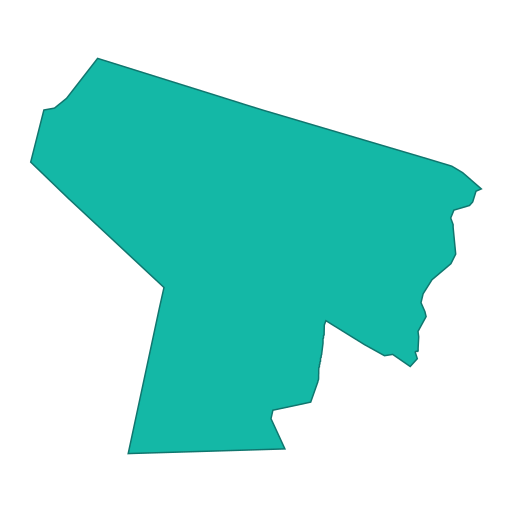 Epworth, Harare, Zimbabwe
{"feature_id": "62879985B25596949610081", "entity_name": "Epworth", "entity_type": "district", "adm_level": 2, "iso_a3": "ZWE", "parent_name": "Zimbabwe", "parent_adm1": "Harare", "projection": "natural_earth1", "projection_center": [31.174, -17.897], "detail": "fine", "context": "isolated", "style": "filled", "palette": "teal", "viewbox_px": 512, "rotation_deg": 0, "n_neighbors": 0, "source": "geoboundaries", "source_scale": "gbopen_adm2", "svg_char_len": 1274}
<svg xmlns="http://www.w3.org/2000/svg" viewBox="0 0 512 512"><path d="M418.7,336.8L418.0,331.4L426.1,316.6L424.9,311.6L421.0,302.7L423.1,293.8L432.0,279.7L450.9,263.7L455.7,254.1L453.1,227.2L453.1,225.4L453.1,224.6L450.7,218.0L452.9,212.6L453.9,210.1L469.5,205.5L472.7,201.9L476.0,191.2L481.3,188.9L462.7,172.7L451.8,166.2L432.4,160.3L263.1,110.2L244.4,104.4L227.0,98.9L97.6,58.4L66.6,98.3L54.5,108.1L43.9,110.0L30.7,162.1L69.3,199.3L69.6,199.5L164.0,287.5L162.3,295.0L159.4,308.0L128.2,453.6L133.7,453.4L205.0,451.3L284.9,448.9L271.0,418.7L272.9,410.2L307.1,402.9L310.7,402.1L317.9,381.7L317.9,380.9L318.5,379.7L318.5,379.0L318.6,378.4L318.6,377.1L318.6,376.5L318.6,375.8L318.6,374.6L318.7,373.9L318.7,373.3L318.7,372.6L318.7,372.0L318.7,370.1L318.8,368.8L318.8,368.2L318.8,367.5L319.4,366.9L319.4,365.6L319.4,364.6L319.9,364.0L319.9,363.8L319.9,362.1L320.5,361.4L320.5,358.2L321.1,357.5L321.2,355.6L321.7,354.3L321.7,353.6L322.7,345.6L323.0,343.2L323.0,338.6L323.4,338.2L323.5,337.5L323.5,336.3L323.5,335.6L324.1,335.0L324.1,333.7L324.3,325.0L325.9,320.7L364.6,344.7L384.5,355.7L392.7,354.4L410.2,366.5L417.3,358.7L415.2,352.1L415.8,351.4L417.5,351.4L417.5,350.8L418.1,350.8L418.1,348.5L418.1,348.2L418.7,336.8Z" fill="#14b8a6" stroke="#0f766e" stroke-width="1.5"/></svg>